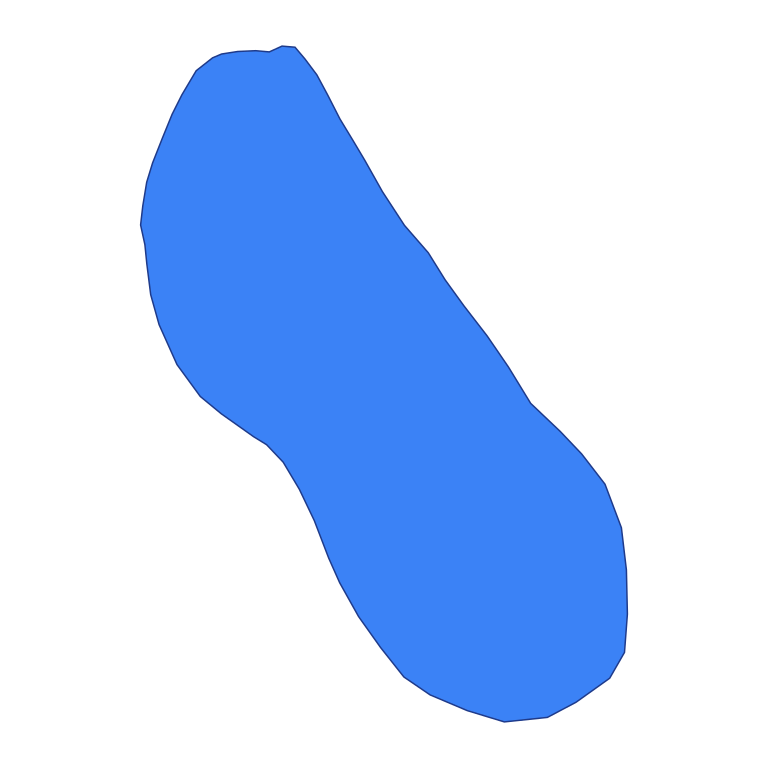 Foammulah, Maldives
{"feature_id": "70690204B71388549423545", "entity_name": "Foammulah", "entity_type": "district", "adm_level": 2, "iso_a3": "MDV", "parent_name": "Maldives", "parent_adm1": "", "projection": "equal_earth", "projection_center": [73.424, -0.376], "detail": "fine", "context": "isolated", "style": "filled", "palette": "blue", "viewbox_px": 768, "rotation_deg": 0, "n_neighbors": 0, "source": "geoboundaries", "source_scale": "gbopen_adm2", "svg_char_len": 840}
<svg xmlns="http://www.w3.org/2000/svg" viewBox="0 0 768 768"><path d="M504.3,721.9L547.4,717.4L576.1,702.2L609.7,678.2L624.5,652.4L627.4,614.1L626.4,569.9L621.4,527.7L605.0,484.2L581.7,454.0L560.4,431.6L530.7,403.4L508.5,367.1L487.2,336.0L463.9,305.8L445.1,279.8L428.3,252.8L404.4,225.3L382.4,191.6L364.8,160.3L352.7,140.0L339.9,118.9L327.8,95.2L316.9,74.9L304.9,58.9L295.0,47.2L282.0,46.1L269.3,51.9L255.7,50.7L237.7,51.5L221.6,54.0L212.6,57.8L196.2,70.7L181.9,94.8L172.1,114.3L162.4,138.1L152.6,162.9L146.7,182.2L142.8,205.8L140.6,225.0L144.9,244.7L146.8,263.7L150.7,294.7L159.1,324.7L177.0,364.6L200.3,396.5L221.3,413.8L253.6,436.7L266.6,444.7L283.2,462.2L299.3,489.2L314.3,520.6L328.7,558.1L339.7,582.8L358.6,616.6L380.7,647.7L403.9,677.0L430.1,694.9L467.2,710.6L504.3,721.9Z" fill="#3b82f6" stroke="#1e3a8a" stroke-width="1.5"/></svg>